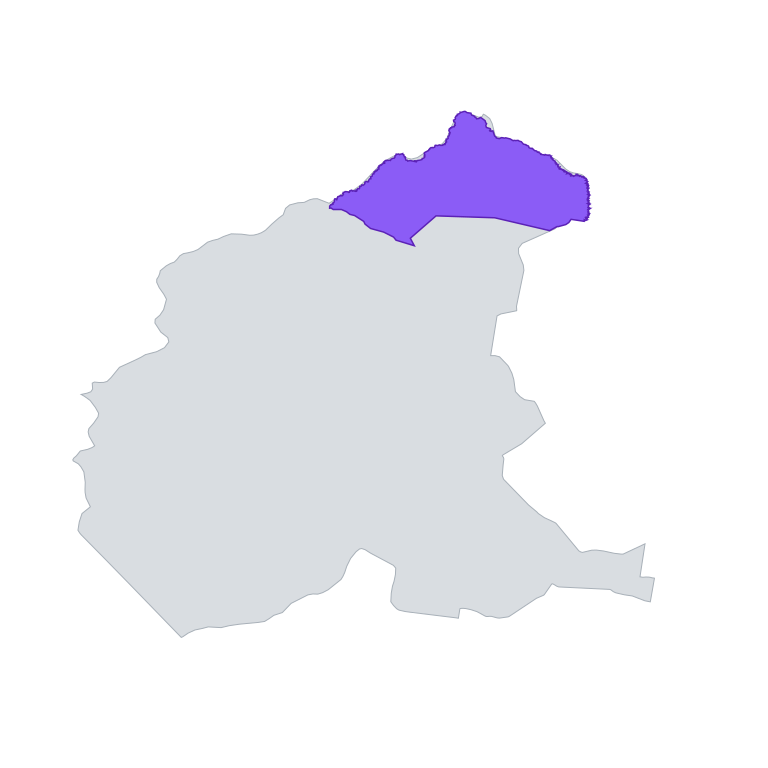 Raga, Western Bahr el Ghazal, South Sudan shown in context, rotated 99°
{"feature_id": "79223893B70929244954658", "entity_name": "Raga", "entity_type": "district", "adm_level": 2, "iso_a3": "SSD", "parent_name": "South Sudan", "parent_adm1": "Western Bahr el Ghazal", "projection": "equal_earth", "projection_center": [25.202, 8.544], "detail": "fine", "context": "in_parent", "style": "filled", "palette": "violet", "viewbox_px": 768, "rotation_deg": 99, "n_neighbors": 0, "source": "geoboundaries", "source_scale": "gbopen_adm2", "svg_char_len": 9820}
<svg xmlns="http://www.w3.org/2000/svg" viewBox="0 0 768 768"><g transform="rotate(99 384 384)"><path d="M600.9,631.6L580.3,659.5L578.8,661.2L576.3,663.4L567.9,663.4L559.2,662.0L551.2,654.8L543.2,660.4L538.0,662.2L535.0,662.8L527.8,663.7L517.7,666.7L513.1,670.5L510.6,673.5L508.6,678.9L507.6,679.5L505.7,678.8L503.1,676.6L497.7,673.5L494.9,666.5L492.4,662.3L490.3,660.1L481.8,667.0L477.6,668.7L474.2,668.5L468.0,664.6L461.1,661.3L457.5,661.3L452.3,665.4L446.2,671.7L443.1,677.8L441.7,681.5L439.5,675.8L437.5,672.3L434.6,671.0L428.8,672.3L427.4,670.4L427.1,665.6L426.3,661.2L424.8,657.9L420.4,654.6L408.9,647.9L400.0,634.5L395.6,628.2L392.3,624.2L387.7,613.7L382.5,606.5L376.1,603.1L372.0,604.8L367.7,612.5L359.6,619.8L355.8,620.1L351.1,616.1L345.1,613.3L334.3,612.1L329.8,615.5L324.0,621.1L319.1,624.4L316.0,624.8L313.2,623.5L309.9,622.8L307.1,622.7L301.4,617.6L298.4,613.8L296.4,610.2L293.1,607.8L289.3,605.7L286.6,602.5L285.2,598.5L283.1,593.4L280.3,588.8L271.5,580.4L268.9,575.5L267.0,570.8L263.4,565.5L259.6,558.4L258.3,548.1L258.1,539.8L257.3,535.9L255.7,532.1L253.8,528.8L250.7,525.1L243.6,519.8L236.2,513.6L232.6,510.0L225.9,508.7L221.9,505.2L218.5,497.4L217.1,491.2L213.7,486.3L212.2,482.8L211.4,478.8L214.1,466.5L210.2,462.2L204.3,456.5L200.1,450.3L197.6,444.7L190.1,437.2L173.8,426.0L164.4,418.9L159.2,412.5L154.7,406.2L154.3,403.6L157.2,397.4L157.6,392.2L155.2,386.5L145.5,375.8L137.7,364.1L131.8,360.4L117.6,357.1L113.5,355.8L109.2,353.6L105.0,348.3L103.6,342.0L105.7,332.0L104.4,328.9L102.0,328.1L102.6,326.0L105.3,321.1L109.7,318.0L121.4,313.0L122.1,311.1L122.3,304.9L123.3,301.8L127.3,293.1L127.9,289.7L128.1,282.3L128.6,278.8L129.8,276.4L133.0,272.1L134.1,269.4L134.6,263.8L134.3,252.6L135.9,248.2L143.3,238.1L145.3,233.6L145.9,229.5L145.9,225.4L146.3,221.3L148.5,217.4L150.4,216.1L155.8,214.9L159.5,215.7L185.4,208.7L188.4,209.7L189.8,213.8L189.7,220.4L190.1,223.5L191.5,225.8L195.6,228.9L198.5,234.1L200.0,236.1L204.1,239.6L223.5,269.5L228.9,272.4L234.2,271.4L244.6,265.1L249.9,263.6L286.5,265.3L290.6,264.4L290.9,264.5L296.5,279.5L299.1,283.0L339.3,283.1L338.6,278.9L339.1,274.1L346.1,264.9L347.1,263.8L353.3,259.4L359.3,256.5L371.0,253.0L375.2,247.6L377.5,242.7L377.6,232.9L379.1,231.3L381.9,229.0L395.3,220.3L397.5,218.5L421.5,238.7L434.9,254.8L435.7,255.6L436.4,255.9L437.1,255.3L437.7,254.6L439.3,253.9L445.1,253.7L455.9,252.9L459.4,251.0L480.9,222.3L486.4,213.1L487.8,211.3L490.9,204.8L494.1,193.6L494.7,192.3L518.3,165.5L519.1,163.4L519.3,161.7L515.6,152.7L514.8,148.1L514.6,141.0L515.2,130.1L514.9,123.1L514.6,121.3L514.4,120.9L501.0,101.2L534.4,101.0L534.4,98.5L534.3,97.7L533.7,95.3L533.3,92.2L533.3,90.5L533.5,88.9L533.5,88.0L533.4,87.2L533.4,86.8L533.5,86.5L557.5,86.9L557.3,92.5L554.5,105.6L554.6,113.5L554.0,122.4L553.2,125.1L552.0,127.3L551.6,128.3L551.6,129.3L557.1,179.6L556.7,181.7L555.4,184.8L555.1,185.9L555.0,186.7L555.6,187.2L566.7,192.6L567.3,193.0L567.7,193.4L571.8,199.9L593.8,223.8L594.6,225.0L596.9,232.5L597.2,233.6L597.3,235.4L597.2,236.8L596.7,241.3L596.9,243.4L597.3,244.7L597.6,246.2L597.6,246.7L597.4,247.8L594.3,256.5L593.3,262.7L593.0,267.9L593.2,270.9L593.6,272.8L593.9,273.6L594.2,273.9L603.7,273.9L603.7,276.7L605.3,322.2L605.4,327.4L605.0,333.8L604.0,336.3L601.3,339.9L598.0,343.2L589.5,344.1L582.4,344.0L577.3,343.2L570.5,342.9L564.0,343.6L561.6,346.4L553.2,370.7L550.6,376.7L550.0,380.3L550.8,382.4L554.1,385.4L561.5,389.7L569.9,392.3L576.2,393.3L580.5,394.5L583.8,395.9L595.9,406.9L599.7,412.0L601.9,416.5L602.5,421.4L604.2,426.2L615.2,441.4L625.6,448.6L629.7,456.6L633.6,460.6L637.2,464.8L639.2,471.1L643.9,489.4L646.9,499.0L650.1,506.8L651.4,519.6L653.9,525.3L656.5,532.2L660.7,538.5L665.2,543.3L666.0,544.6L621.3,604.2L600.9,631.6Z" fill="#d9dde1" stroke="#a8b0b8" stroke-width="1"/><path d="M209.8,358.9L202.5,300.6L206.6,244.4L201.4,237.7L201.3,236.5L198.1,229.4L195.6,226.7L192.1,225.0L192.0,211.1L191.7,212.1L191.3,211.3L190.5,211.7L190.8,210.2L190.3,209.4L190.3,209.9L190.0,209.7L189.9,210.1L189.8,209.7L188.7,210.0L188.8,210.5L188.6,210.7L188.5,210.0L188.2,210.2L188.4,209.4L187.7,209.7L187.8,209.3L187.5,208.5L187.2,209.0L186.5,208.6L186.5,209.3L185.9,208.2L185.5,208.1L185.9,208.5L185.4,209.1L185.3,208.8L184.8,208.8L184.6,208.0L184.6,208.6L183.6,208.9L183.9,208.3L183.5,208.3L183.7,207.6L183.4,207.5L183.1,208.6L182.9,208.3L182.0,209.4L181.6,208.8L180.4,209.4L180.1,209.2L180.0,210.0L178.8,209.4L178.9,208.3L178.5,207.9L178.6,208.4L178.1,208.4L178.2,208.9L177.9,209.0L178.1,209.7L177.6,210.2L177.1,209.7L176.0,210.0L175.8,209.7L174.6,210.3L174.5,209.7L174.0,210.9L173.7,209.8L173.5,210.5L173.0,209.7L172.3,211.1L172.3,210.6L171.7,210.3L171.4,211.1L170.7,210.4L170.3,211.9L169.0,210.8L169.0,212.0L167.7,211.6L167.5,210.4L167.2,211.4L166.1,210.7L166.1,211.5L165.4,211.4L165.1,212.0L164.8,210.8L164.1,212.1L163.5,212.2L163.9,211.9L163.6,211.3L162.9,211.6L162.8,212.2L162.2,211.6L161.8,212.5L161.3,212.6L161.4,213.3L160.4,212.9L160.3,213.2L159.6,213.3L159.1,212.8L158.9,214.7L158.8,214.2L158.0,213.9L157.6,214.5L157.7,213.9L157.1,214.0L157.3,213.2L156.7,213.7L156.6,213.1L155.9,212.9L155.7,213.2L155.8,213.9L155.5,213.6L155.1,214.4L155.0,213.7L154.7,213.7L154.8,214.6L154.2,214.5L154.2,215.7L153.6,214.9L153.2,215.5L152.3,214.5L152.1,215.0L151.5,215.2L151.3,216.7L150.3,215.7L149.3,216.7L149.3,218.5L148.7,218.5L148.6,218.9L148.3,219.0L148.6,219.6L148.0,219.8L148.3,220.4L148.1,221.2L148.4,221.3L147.6,222.3L148.1,223.1L147.7,223.1L147.8,223.8L147.3,224.6L147.9,225.0L146.7,226.1L147.2,226.7L147.0,227.0L148.1,227.1L147.9,227.6L148.9,228.7L148.7,229.6L149.1,229.6L148.7,230.6L149.1,231.5L148.7,231.4L148.8,231.9L148.4,231.7L148.2,232.3L147.9,231.7L147.5,231.7L147.9,233.3L146.9,233.2L146.7,233.7L147.0,234.2L146.7,234.9L147.2,234.8L147.0,235.6L147.5,235.1L147.3,235.5L147.6,236.2L147.0,235.9L146.9,236.6L146.3,236.5L146.2,237.2L145.8,237.1L145.7,238.4L146.2,238.8L146.1,239.5L145.5,239.5L145.2,239.1L145.1,239.8L144.8,239.4L144.4,240.1L144.5,241.7L143.9,242.1L144.1,242.4L143.6,243.7L144.3,243.8L144.2,244.3L143.1,244.0L142.8,244.1L143.0,244.4L142.6,244.3L143.0,244.8L142.3,244.8L142.3,246.1L141.4,246.0L141.5,246.5L140.5,246.8L140.8,247.4L140.2,246.8L140.3,247.2L139.7,247.7L139.9,248.1L139.1,247.9L138.7,248.7L139.0,248.7L138.9,249.1L138.5,248.8L138.0,249.7L137.2,249.8L136.5,251.9L136.0,252.4L135.4,252.2L135.4,253.2L134.7,253.3L134.5,254.3L133.9,253.9L133.4,254.9L132.7,254.5L132.8,255.2L131.9,256.0L132.1,257.1L132.5,257.5L132.2,258.0L132.5,258.5L132.1,260.7L132.7,260.9L132.9,261.5L132.6,262.0L132.7,265.1L132.0,265.0L131.2,267.2L130.8,267.2L131.0,268.1L130.7,268.2L130.9,268.9L130.0,269.7L129.9,271.8L128.1,274.3L128.4,274.6L128.1,275.3L128.3,275.7L128.1,277.2L127.8,277.9L126.7,278.2L126.1,279.1L126.0,280.8L125.4,281.2L125.3,283.8L123.2,286.3L123.0,288.2L122.4,289.7L123.0,292.1L123.0,293.7L123.5,294.5L122.2,297.7L121.8,302.3L122.3,303.5L122.2,306.3L123.6,308.4L123.5,311.5L122.9,311.6L121.8,313.5L116.9,316.1L117.7,317.5L117.6,318.9L117.3,319.3L116.9,319.1L116.5,318.3L115.2,319.0L114.6,323.0L112.8,323.9L110.8,323.4L110.1,324.4L108.3,325.2L107.8,325.9L105.8,329.8L105.9,330.7L106.9,331.9L107.6,334.1L106.3,335.0L106.1,336.1L105.5,336.3L105.4,336.9L105.0,337.4L104.9,339.1L104.2,339.9L102.9,340.5L103.0,344.5L102.1,346.2L102.2,347.4L103.6,350.2L103.6,351.2L104.0,351.0L105.2,351.9L106.2,353.8L107.0,353.5L107.5,354.3L107.8,354.1L108.3,354.8L109.8,355.4L110.8,354.9L111.6,355.2L112.5,356.6L113.8,356.2L114.4,354.9L115.9,354.4L117.2,354.9L117.6,354.3L118.2,354.9L118.9,354.9L119.5,357.1L120.4,357.3L120.5,358.4L121.3,358.5L121.7,359.3L122.3,359.1L123.1,359.7L124.5,359.0L125.3,358.1L126.2,358.7L126.6,358.1L127.5,358.6L128.6,358.5L129.1,359.3L129.8,359.5L131.4,359.1L132.1,359.7L132.5,360.9L133.5,360.5L134.3,361.0L135.1,360.1L135.8,360.8L136.8,360.9L137.2,361.7L137.9,361.3L138.3,363.0L138.8,363.6L139.1,363.5L139.5,365.6L139.2,366.8L140.1,368.3L140.1,370.3L140.4,370.9L142.1,371.0L142.9,372.3L142.8,373.1L143.1,373.4L143.1,374.5L144.4,375.8L145.0,375.6L145.6,376.4L146.4,376.5L149.2,380.3L150.5,380.3L150.7,379.8L151.4,379.5L152.1,379.9L152.5,379.4L152.9,379.9L153.9,379.4L155.0,380.6L155.3,381.6L156.3,381.6L157.2,383.3L158.1,386.1L158.5,386.4L158.6,387.4L159.0,386.6L159.5,386.8L159.2,393.1L160.1,395.5L159.4,395.9L159.5,397.3L157.7,398.3L157.0,398.1L156.4,398.5L156.5,399.3L155.9,399.4L155.3,400.3L154.5,400.3L154.1,401.5L153.5,401.6L155.0,404.5L154.6,405.6L155.1,406.9L155.0,407.9L156.2,408.1L157.2,408.9L158.6,408.7L159.5,409.4L159.5,410.2L160.8,412.2L162.2,412.6L162.1,413.7L162.6,415.0L162.5,416.0L163.1,416.7L163.0,417.5L164.9,419.0L165.2,418.0L165.9,417.9L166.1,419.0L167.3,420.4L168.1,420.7L168.2,422.0L169.1,422.2L169.4,423.1L170.2,422.8L170.8,423.6L171.3,422.9L172.5,422.7L172.8,424.0L173.9,424.0L174.1,425.2L174.7,425.5L174.9,425.0L175.3,425.5L175.4,426.4L176.0,426.9L176.6,426.4L177.3,427.2L178.0,426.9L178.5,428.2L180.7,428.3L181.5,429.7L183.3,429.1L183.7,430.4L185.7,431.2L186.6,430.9L187.0,431.7L186.6,433.0L187.5,434.3L188.3,434.5L189.1,434.2L190.2,434.9L191.1,435.9L190.7,436.7L190.8,437.1L192.4,437.6L192.6,438.8L194.7,438.8L195.0,439.0L195.0,440.2L195.5,440.8L196.3,440.8L196.8,441.9L197.2,441.2L197.6,441.1L198.0,441.5L198.2,442.6L197.8,443.8L198.4,445.3L197.7,446.0L197.7,446.6L198.0,447.0L198.9,446.9L198.6,447.1L198.6,448.0L200.1,448.2L200.3,448.7L199.9,449.4L199.9,451.5L200.1,452.6L200.7,452.9L201.2,454.3L202.0,454.1L202.4,454.5L202.9,453.8L204.4,454.4L204.8,455.1L204.4,455.8L204.5,456.6L205.2,456.8L206.2,458.9L209.2,459.5L208.8,459.9L208.8,461.5L209.3,461.8L211.1,461.6L212.6,461.9L213.0,462.7L214.2,462.5L214.1,463.3L215.1,463.5L215.3,464.6L216.8,465.5L218.9,465.2L218.5,463.9L219.6,461.4L218.3,453.4L219.7,448.0L221.8,444.2L222.2,439.4L226.6,429.4L229.0,427.8L232.5,421.6L234.0,408.2L237.4,397.5L240.1,394.6L242.7,375.7L235.9,380.8L209.8,358.9Z" fill="#8b5cf6" stroke="#5b21b6" stroke-width="1.5"/></g></svg>